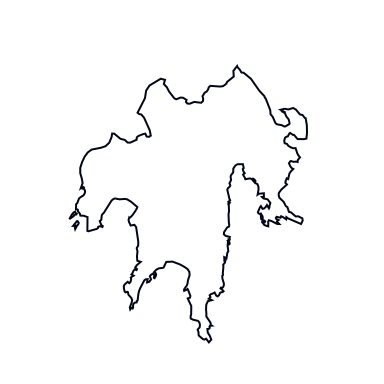 the border of Peloponnisos, rotated 27°
{"feature_id": "GRC-2885", "entity_name": "Peloponnisos", "entity_type": "Region", "adm_level": 1, "iso_a3": "GRC", "parent_name": "Greece", "parent_adm1": "", "projection": "orthographic", "projection_center": [22.642, 37.277], "detail": "fine", "context": "isolated", "style": "outline", "palette": "ink", "viewbox_px": 384, "rotation_deg": 27, "n_neighbors": 0, "source": "natural_earth", "source_scale": "10m", "svg_char_len": 6064}
<svg xmlns="http://www.w3.org/2000/svg" viewBox="0 0 384 384"><g transform="rotate(27 192 192)"><path d="M269.7,92.5L267.7,94.1L262.0,96.9L257.0,94.8L255.9,95.3L252.6,94.8L252.2,95.6L252.1,99.1L251.0,99.9L250.3,101.3L250.8,104.2L252.4,106.5L254.7,106.0L256.8,107.1L259.6,107.4L262.4,107.0L264.4,105.9L268.2,109.7L270.3,111.2L272.5,112.1L271.8,115.0L272.0,116.3L272.5,117.3L270.9,117.7L268.8,119.0L266.1,119.5L265.7,119.9L265.3,122.4L268.2,124.6L269.8,125.4L271.8,125.5L270.7,128.9L270.4,131.3L271.8,136.8L270.2,136.8L270.5,140.0L271.0,141.4L273.2,142.2L270.5,149.3L269.8,153.3L270.6,155.4L272.4,157.4L278.2,159.2L281.9,161.9L283.9,162.2L287.4,165.7L289.5,165.2L295.5,166.7L297.8,165.4L302.3,165.4L303.6,167.2L303.7,171.0L289.6,171.9L287.5,171.5L288.3,173.6L284.0,173.0L282.4,173.2L282.6,174.7L278.6,175.7L278.5,177.1L279.4,177.8L281.8,177.7L281.1,178.8L281.1,179.8L284.3,180.9L282.4,181.8L275.8,181.8L273.3,182.3L273.3,183.6L275.5,188.0L273.0,188.5L271.3,188.5L268.1,187.0L268.0,186.0L270.5,186.0L270.5,184.9L269.1,184.6L267.4,184.9L265.9,184.7L264.8,183.0L267.2,184.0L266.6,182.6L265.8,181.6L263.1,179.9L262.2,180.8L261.0,180.9L259.9,180.2L259.5,175.1L259.8,173.3L262.5,175.0L263.7,173.9L264.5,171.8L264.7,169.6L268.0,171.7L268.0,170.7L267.4,169.4L266.8,166.2L262.7,164.2L258.5,165.3L256.6,164.6L258.2,163.5L256.6,160.5L252.4,163.2L251.7,164.6L250.0,159.2L248.8,157.2L246.8,155.3L244.3,155.3L243.8,154.8L243.5,153.3L241.8,152.5L239.4,152.3L240.9,152.8L241.9,154.4L239.5,153.4L237.4,153.6L233.7,156.4L232.9,155.5L229.6,153.3L230.4,151.3L228.9,150.6L227.6,149.5L226.8,148.3L227.2,147.2L224.7,144.1L220.0,146.5L218.6,148.7L218.2,152.4L219.8,155.9L219.1,159.5L219.6,161.1L221.4,163.6L221.4,167.2L223.2,168.8L223.1,170.4L222.3,172.4L222.4,173.9L228.6,181.3L229.7,182.0L228.9,184.2L230.5,184.2L230.5,185.1L229.7,185.1L229.7,186.1L230.9,187.3L233.8,192.5L234.6,195.2L238.7,202.5L240.1,204.4L240.7,206.0L239.4,207.6L238.8,213.4L239.7,215.3L242.0,215.8L246.1,214.9L246.2,215.6L247.0,216.9L246.2,217.5L247.0,218.0L246.1,219.1L248.2,219.8L249.1,221.1L248.8,221.8L247.0,221.0L248.1,223.7L251.3,228.4L251.1,230.2L252.8,235.4L250.3,235.4L252.0,238.4L252.8,237.5L253.4,240.1L252.8,242.6L254.0,244.5L256.4,250.6L257.3,251.8L257.0,253.0L258.6,255.6L261.9,259.0L262.7,260.6L262.9,262.3L262.5,263.6L261.2,264.1L261.2,265.0L263.3,265.3L265.2,266.1L264.7,267.3L263.3,268.3L262.8,269.2L262.9,271.8L262.2,273.4L260.6,273.3L257.8,271.3L256.7,272.9L255.2,274.5L254.6,276.0L256.2,277.4L255.4,279.5L258.7,279.4L255.7,282.1L255.9,286.0L257.7,290.0L260.0,293.8L261.3,296.4L267.8,300.0L269.1,302.0L270.3,302.1L268.7,303.1L268.7,304.0L269.4,304.9L269.5,305.7L269.0,306.4L267.9,307.1L269.9,310.1L273.6,312.4L276.2,314.8L275.3,318.3L271.2,316.3L270.0,317.9L268.5,318.1L263.1,316.8L261.1,313.5L259.6,312.3L259.6,311.3L260.3,309.3L259.5,306.9L257.8,304.9L255.9,304.1L250.8,305.3L248.3,305.3L247.3,303.7L246.7,301.2L243.1,293.9L236.5,288.8L238.2,287.0L237.7,285.3L232.6,280.7L232.0,280.4L231.5,281.6L229.9,283.6L229.3,282.8L229.2,281.5L229.8,278.0L229.6,275.7L228.5,272.5L227.6,267.1L225.9,264.4L223.3,262.8L219.9,262.2L213.8,262.0L206.2,262.9L200.8,266.0L201.0,272.4L197.0,275.2L195.5,277.4L194.5,280.7L196.3,280.7L197.5,281.7L197.9,283.5L197.8,285.8L197.0,285.8L196.3,283.6L195.6,282.8L194.5,282.7L193.5,283.5L192.9,284.9L192.7,286.2L195.2,288.5L194.6,291.6L193.0,293.0L192.0,289.8L190.3,290.9L189.6,292.4L189.5,301.2L189.8,304.6L190.6,307.4L192.8,313.4L192.3,314.2L192.8,315.5L191.2,316.6L190.7,318.2L191.0,320.0L192.0,321.7L192.0,322.7L190.9,322.6L190.6,323.0L190.3,324.7L189.0,323.1L188.4,317.7L187.8,315.5L186.1,314.0L181.9,312.3L180.4,310.3L179.6,310.3L178.4,311.6L177.2,311.3L175.1,308.8L173.9,306.6L174.0,304.9L175.5,301.2L177.5,301.7L178.0,300.0L177.5,297.5L176.3,296.0L178.0,293.0L175.5,293.0L175.8,291.1L175.6,288.8L176.0,287.0L178.0,286.8L178.0,285.7L175.7,284.9L176.0,282.4L178.0,277.5L174.5,278.1L172.2,274.4L170.4,269.7L168.2,267.1L168.4,264.2L166.5,260.4L158.2,248.7L155.6,247.4L152.6,249.7L149.5,247.3L148.2,245.8L147.7,243.5L147.9,243.6L148.5,242.8L149.4,239.9L150.1,235.3L150.3,231.2L150.1,230.2L142.0,228.3L137.5,228.0L135.4,228.6L130.8,231.4L126.3,232.7L125.0,234.2L124.2,236.2L122.9,250.5L122.3,252.3L122.2,253.7L123.8,258.0L123.0,259.8L126.3,262.7L128.0,262.9L128.0,263.9L126.4,264.0L125.0,264.7L124.2,265.7L124.6,266.9L123.8,268.2L117.4,274.1L116.4,274.1L110.3,261.8L106.3,262.3L103.3,263.7L101.9,262.2L99.1,261.0L98.3,259.6L97.6,259.6L96.5,260.2L94.3,255.5L94.8,254.1L94.3,249.2L94.7,247.9L96.9,244.1L97.0,241.5L96.1,239.4L94.4,238.2L92.0,239.0L93.1,238.4L93.5,238.0L93.6,237.0L92.6,236.9L92.0,237.3L91.2,239.0L90.5,233.7L87.4,229.7L83.9,226.0L81.5,221.3L80.5,215.4L80.3,209.4L81.2,204.0L83.3,199.8L90.9,193.8L94.2,190.4L95.9,185.6L95.4,179.5L94.3,176.2L96.2,175.3L104.1,177.1L108.4,176.1L112.3,177.2L114.6,176.0L118.9,170.6L118.0,168.4L118.8,166.4L121.9,162.9L123.9,161.2L126.4,163.2L128.6,162.4L129.7,160.5L126.4,156.3L115.5,147.5L111.7,146.0L109.5,146.5L107.5,146.1L107.5,129.8L105.1,122.4L105.8,116.4L112.7,105.3L117.0,104.3L117.9,108.6L122.1,110.1L125.8,112.8L133.8,116.6L135.9,116.5L139.0,113.0L141.2,112.1L145.3,112.4L145.7,114.5L147.7,115.3L149.9,114.4L153.0,110.8L159.7,108.3L160.5,106.0L159.6,103.8L157.9,101.9L158.2,97.8L159.4,96.0L159.8,93.6L159.4,91.1L160.2,89.1L169.1,85.3L171.5,83.7L172.6,81.8L173.4,79.9L173.3,77.9L176.8,70.2L173.9,65.3L175.0,59.3L175.7,60.0L179.4,61.5L181.8,63.1L183.9,62.3L193.2,64.4L206.0,71.2L213.1,73.8L214.1,74.9L215.2,75.2L224.6,83.6L226.8,87.2L229.7,88.3L235.2,92.8L237.0,93.1L241.7,91.7L244.5,91.7L245.3,91.3L247.7,87.6L247.9,86.8L246.7,85.1L245.0,83.3L241.8,81.9L238.9,79.5L236.7,79.4L237.5,78.7L233.6,78.5L236.1,76.3L237.3,75.6L240.4,74.7L244.0,71.2L247.2,71.4L253.0,73.9L255.4,73.2L258.9,74.8L259.8,74.7L263.9,80.2L267.6,87.0L269.7,92.5ZM103.2,269.9L105.1,270.9L105.3,272.5L104.8,274.9L104.8,278.1L103.6,276.7L103.2,275.0L101.5,276.1L102.7,270.2L103.2,269.9ZM95.0,271.8L95.2,266.5L95.7,264.2L96.7,262.7L98.3,263.7L99.1,263.7L99.1,264.6L97.5,265.7L97.5,267.3L95.0,271.8Z" fill="none" stroke="#020617" stroke-width="2"/></g></svg>